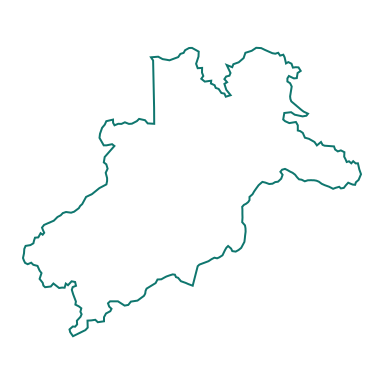 Jaguari, Rio Grande do Sul, Brazil
{"feature_id": "56859067B1687281772435", "entity_name": "Jaguari", "entity_type": "district", "adm_level": 2, "iso_a3": "BRA", "parent_name": "Brazil", "parent_adm1": "Rio Grande do Sul", "projection": "natural_earth1", "projection_center": [-54.631, -29.469], "detail": "fine", "context": "isolated", "style": "outline", "palette": "teal", "viewbox_px": 384, "rotation_deg": 0, "n_neighbors": 0, "source": "geoboundaries", "source_scale": "gbopen_adm2", "svg_char_len": 3857}
<svg xmlns="http://www.w3.org/2000/svg" viewBox="0 0 384 384"><path d="M291.5,63.7L288.3,62.1L286.0,63.4L284.6,57.3L283.3,54.7L280.1,55.6L278.2,52.8L275.3,53.7L272.4,53.2L264.9,49.9L261.2,48.1L256.2,47.8L251.7,50.8L245.4,52.8L243.6,58.1L238.7,62.3L233.4,64.2L232.2,67.2L226.7,65.0L230.5,73.0L229.4,75.7L226.2,76.5L224.4,79.1L227.1,82.2L224.4,83.9L226.3,89.8L230.6,95.2L225.8,96.7L224.4,93.6L221.4,93.0L218.6,88.9L215.7,87.9L214.6,85.2L210.9,83.5L211.2,80.7L204.8,81.6L201.3,78.8L203.3,76.0L202.0,72.6L202.1,67.9L197.7,68.2L196.1,63.8L198.5,56.6L198.7,51.6L192.0,47.9L189.1,48.0L185.1,50.2L183.6,52.9L180.4,53.9L178.2,57.1L169.5,60.3L166.8,59.8L162.6,59.1L158.2,56.7L151.0,57.3L153.1,60.5L154.1,107.7L154.2,123.8L147.7,123.4L145.0,120.2L139.1,118.9L136.9,121.1L131.9,123.7L128.9,123.9L124.9,122.3L121.5,123.9L118.2,123.8L114.5,125.3L113.1,122.8L113.0,119.6L106.3,121.2L104.8,124.6L102.1,127.8L100.0,133.8L99.5,137.9L103.7,145.3L106.7,145.3L112.1,144.2L114.4,146.0L104.7,157.0L103.8,162.4L106.3,164.3L107.6,168.7L105.7,172.8L107.1,178.1L107.1,181.0L106.4,184.4L99.4,188.1L92.0,194.1L86.1,196.9L82.2,204.1L80.2,205.9L78.8,208.2L74.1,211.7L71.1,212.7L66.0,212.0L62.8,213.1L60.7,215.3L57.5,217.0L53.8,220.7L44.1,224.9L42.0,227.6L43.1,230.4L44.2,232.8L42.7,234.7L40.6,233.2L38.3,237.4L35.0,237.7L34.0,240.7L33.4,243.3L30.4,245.1L25.6,245.9L24.3,248.9L24.0,253.3L23.0,258.0L23.9,260.5L25.1,262.9L27.7,264.2L31.2,262.7L33.3,264.8L37.5,265.9L39.6,270.6L41.5,273.1L39.6,278.9L42.7,282.8L43.4,285.6L45.1,287.2L50.8,286.5L53.4,283.5L56.2,285.7L59.1,288.0L62.0,287.6L64.6,287.7L65.8,283.6L68.0,285.2L71.6,281.3L75.1,282.0L76.0,285.8L72.7,287.1L71.8,289.8L73.2,294.4L75.9,301.5L75.4,304.6L78.9,306.4L81.3,308.3L80.4,311.8L81.6,314.2L80.5,316.8L76.9,320.7L77.1,324.4L75.1,326.7L72.8,326.5L69.5,329.4L70.2,332.2L73.0,336.2L85.4,330.1L87.7,327.6L87.5,320.6L91.3,320.4L95.3,319.8L97.8,322.2L104.0,321.3L104.0,317.2L106.0,313.5L110.3,311.2L111.5,308.8L109.2,306.6L108.0,303.3L110.1,301.3L117.9,301.3L124.6,305.6L128.3,304.9L130.9,301.6L137.5,300.6L144.0,295.8L145.2,293.6L145.6,290.8L146.6,288.6L155.6,283.1L157.5,279.5L161.3,279.3L164.3,277.6L166.4,276.5L169.5,275.4L172.7,274.4L174.9,274.7L176.0,277.1L178.1,277.8L180.9,281.2L185.7,282.9L188.4,284.1L192.7,285.7L197.7,266.2L199.4,264.6L208.5,261.2L211.5,259.2L214.4,257.7L217.1,258.3L219.2,257.4L222.5,255.3L224.9,250.3L226.4,247.7L228.1,246.0L231.1,248.6L232.3,251.1L235.7,251.6L238.6,250.0L241.2,247.9L244.4,241.9L244.8,238.7L245.1,235.6L245.6,231.7L245.5,228.4L245.0,225.4L242.2,222.2L242.5,217.7L242.4,213.6L242.4,209.5L242.2,206.8L243.9,204.9L246.2,203.7L248.2,202.1L249.5,200.1L249.5,196.9L252.5,194.3L254.1,191.5L256.4,188.2L258.6,185.2L260.4,183.6L262.4,181.9L265.4,182.6L269.2,184.0L272.5,183.7L275.2,182.1L278.0,181.7L281.2,178.7L282.6,174.8L280.4,171.8L282.1,169.7L285.0,168.9L287.5,170.1L289.9,171.5L292.6,172.8L295.1,174.7L297.1,177.3L299.0,179.3L301.6,179.7L304.8,181.3L307.8,180.3L310.8,180.2L314.2,180.3L316.5,180.7L318.9,181.7L321.7,183.8L324.8,185.2L329.0,186.7L331.0,187.7L333.1,188.8L335.7,187.8L339.2,186.8L340.9,188.4L343.8,187.9L345.9,185.2L348.2,182.7L350.5,183.7L352.8,184.6L355.1,184.8L355.9,182.3L358.6,179.9L361.0,174.2L359.3,169.4L357.9,163.3L355.7,163.4L353.2,161.2L351.3,163.3L349.0,161.3L346.7,162.0L345.5,159.2L344.2,156.7L344.4,152.2L340.9,150.4L337.8,151.4L335.1,149.5L334.0,146.4L324.6,145.7L322.6,144.9L321.0,142.0L316.9,145.4L314.5,142.0L308.9,138.8L304.9,137.7L302.8,132.9L300.2,131.1L297.8,130.5L297.8,125.3L295.9,122.0L289.3,123.1L285.1,121.2L283.2,119.5L284.3,113.0L291.1,112.2L294.7,114.7L302.6,116.4L306.4,115.7L308.0,113.7L303.6,111.6L301.6,110.1L291.3,101.4L290.4,99.0L290.1,96.4L291.7,86.5L290.1,83.2L287.4,81.5L287.4,78.4L288.9,76.0L293.9,78.4L296.8,78.1L297.6,73.0L300.7,70.9L298.5,67.4L295.8,67.2L292.9,67.6L291.5,63.7Z" fill="none" stroke="#0f766e" stroke-width="2"/></svg>